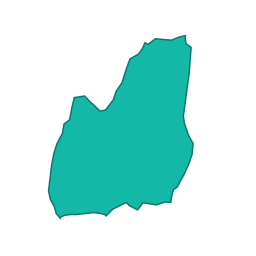 Tanum, Västra Götaland, Sweden, rotated 191°
{"feature_id": "70781695B34611163933513", "entity_name": "Tanum", "entity_type": "district", "adm_level": 2, "iso_a3": "SWE", "parent_name": "Sweden", "parent_adm1": "Västra Götaland", "projection": "orthographic", "projection_center": [11.469, 58.691], "detail": "fine", "context": "isolated", "style": "filled", "palette": "teal", "viewbox_px": 256, "rotation_deg": 191, "n_neighbors": 0, "source": "geoboundaries", "source_scale": "gbopen_adm2", "svg_char_len": 887}
<svg xmlns="http://www.w3.org/2000/svg" viewBox="0 0 256 256"><g transform="rotate(191 128 128)"><path d="M71.8,63.2L72.1,69.0L71.6,76.2L68.5,79.3L63.8,94.2L61.2,105.5L60.1,114.3L61.1,125.1L67.2,132.3L73.4,143.2L75.9,149.9L78.4,193.3L81.4,219.2L87.1,221.8L89.2,227.5L89.2,229.6L95.2,227.0L102.1,222.5L118.1,220.8L124.4,213.9L127.5,215.0L129.0,208.8L131.8,202.5L139.2,196.2L140.9,185.9L142.6,171.1L146.6,162.0L147.8,152.9L153.4,141.5L158.6,139.2L164.8,143.2L171.1,147.1L176.8,151.1L186.5,147.6L187.0,137.4L186.9,124.9L191.5,119.8L191.4,110.1L194.8,98.7L195.9,89.1L195.9,77.7L195.3,69.0L194.0,51.1L190.6,43.2L185.5,37.0L182.1,30.3L177.2,26.4L176.8,28.1L172.7,30.6L167.5,32.2L162.4,33.2L150.6,36.8L146.0,38.4L137.3,38.9L133.7,38.4L132.8,37.5L127.3,45.6L115.4,54.6L111.4,51.8L103.0,49.5L99.0,57.5L85.4,58.0L77.4,62.5L71.8,63.2Z" fill="#14b8a6" stroke="#0f766e" stroke-width="1.5"/></g></svg>